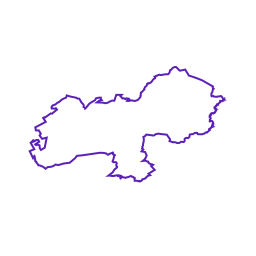 Turlavas pag., Kuldigas, Latvia, rotated 157°
{"feature_id": "27541924B11045526003149", "entity_name": "Turlavas pag.", "entity_type": "district", "adm_level": 2, "iso_a3": "LVA", "parent_name": "Latvia", "parent_adm1": "Kuldigas", "projection": "natural_earth1", "projection_center": [21.723, 56.833], "detail": "fine", "context": "isolated", "style": "outline", "palette": "violet", "viewbox_px": 256, "rotation_deg": 157, "n_neighbors": 0, "source": "geoboundaries", "source_scale": "gbopen_adm2", "svg_char_len": 5728}
<svg xmlns="http://www.w3.org/2000/svg" viewBox="0 0 256 256"><g transform="rotate(157 128 128)"><path d="M221.5,153.1L220.3,152.7L220.2,152.4L222.8,152.5L223.4,152.3L222.5,145.1L227.5,145.1L227.2,137.5L226.3,138.4L225.1,138.8L225.2,137.6L226.3,133.5L225.6,132.8L225.9,132.1L225.1,129.9L225.1,128.7L224.1,128.2L222.1,126.4L220.9,124.8L219.8,122.7L217.4,123.4L213.6,122.3L211.0,122.2L209.1,122.7L206.6,121.1L200.9,120.4L195.3,118.8L188.4,120.9L186.0,122.3L184.4,121.9L181.4,120.9L163.6,116.2L160.4,114.7L158.0,113.1L157.0,111.2L155.1,111.4L151.5,111.3L151.5,110.9L152.1,109.8L151.9,109.4L151.5,109.0L150.9,108.7L150.7,108.1L151.0,107.9L151.6,107.8L153.6,105.0L155.3,103.2L154.7,102.1L153.1,101.6L152.4,101.2L152.1,99.9L153.1,98.8L153.6,97.9L153.1,96.5L153.2,96.3L154.0,95.8L156.7,95.1L159.3,93.2L164.6,91.8L163.7,91.5L161.5,90.1L160.2,89.5L159.7,89.3L159.3,89.5L157.7,88.9L157.0,88.9L156.4,88.6L155.7,88.5L155.4,88.0L156.8,87.9L155.4,87.4L154.9,87.6L154.8,87.2L154.1,87.3L154.0,87.2L153.5,87.0L152.9,86.5L153.0,86.3L153.0,86.1L153.3,86.0L153.5,85.6L154.3,85.0L154.6,85.0L154.6,84.6L152.2,85.1L151.1,84.0L150.3,83.7L149.6,83.0L148.7,83.1L146.4,82.7L144.0,82.7L143.3,81.5L142.6,81.2L142.0,80.0L141.3,79.5L141.4,79.1L142.0,78.5L142.1,77.5L142.4,76.8L140.8,76.2L138.6,74.5L138.4,74.4L138.1,74.8L137.9,74.7L137.8,74.2L137.6,74.1L136.0,74.2L135.3,74.6L134.8,75.2L133.1,74.8L132.6,75.0L131.6,74.8L130.9,75.3L130.1,75.4L129.7,75.9L128.6,76.2L126.1,75.9L127.0,77.9L119.8,79.0L121.6,83.9L119.3,84.3L120.1,85.2L121.3,85.9L122.4,87.4L122.7,87.7L122.6,89.2L123.7,89.9L124.3,91.0L127.2,91.9L125.4,92.4L123.1,93.9L121.6,95.4L121.6,99.2L124.7,101.2L123.9,101.8L122.3,102.4L123.0,103.7L122.5,104.1L122.1,104.7L122.1,105.1L121.1,106.0L120.5,107.2L118.4,110.1L118.2,110.9L117.7,111.8L117.3,113.8L115.6,113.8L114.0,114.7L113.7,114.8L107.3,111.0L104.6,111.5L101.9,110.8L100.5,109.8L94.9,106.7L93.7,101.2L94.9,99.7L92.1,97.2L91.2,97.1L89.6,96.0L88.6,94.9L86.4,94.2L84.5,94.6L82.2,93.3L80.9,93.9L80.1,95.9L79.6,96.1L78.0,96.1L76.6,95.2L75.0,95.7L73.7,97.8L72.3,97.6L70.6,97.0L68.7,97.3L67.3,97.0L66.3,96.4L66.4,95.6L66.1,95.0L62.4,93.3L61.0,93.2L60.1,93.0L58.5,93.5L56.9,93.0L56.6,93.4L55.2,93.5L54.4,94.1L53.5,94.2L53.6,94.5L53.4,94.7L53.9,95.1L53.8,95.3L53.5,95.4L52.5,95.4L52.3,95.6L51.6,95.7L51.2,96.0L49.6,96.0L50.1,96.4L50.1,96.7L49.3,97.0L49.6,97.4L49.0,98.0L48.5,98.1L48.5,98.3L48.8,98.4L48.7,98.6L47.9,98.6L48.0,99.1L47.9,99.3L47.6,99.4L47.6,100.0L47.5,100.5L47.8,101.4L48.4,101.9L49.6,101.9L50.0,102.1L49.6,102.6L49.8,102.8L49.5,103.2L49.4,103.7L48.9,103.9L48.0,104.7L48.1,105.4L48.4,105.6L48.6,106.1L48.2,106.6L48.2,107.2L47.2,107.6L47.1,107.4L47.2,107.1L46.8,107.2L46.6,107.6L46.9,108.2L46.8,108.4L46.1,108.8L45.6,108.7L45.2,108.9L44.9,108.6L44.0,108.7L43.6,108.4L43.6,108.1L42.6,108.4L42.4,108.1L42.2,108.1L41.4,108.6L41.1,109.2L40.4,109.4L40.0,109.8L40.2,110.1L40.0,110.5L39.9,110.5L40.0,110.9L39.6,110.9L39.8,111.1L39.7,111.4L39.8,111.7L40.2,111.7L40.6,112.0L40.4,112.3L40.2,112.4L40.3,113.1L39.6,113.2L39.4,113.0L39.2,113.2L39.4,113.5L39.0,113.6L38.4,113.6L38.2,113.7L38.2,114.1L37.8,114.1L37.6,114.3L37.5,114.2L37.0,114.2L37.3,114.5L36.9,115.0L36.3,114.9L36.1,114.7L35.8,114.7L35.5,115.1L33.4,115.6L33.2,115.8L32.9,115.9L33.2,116.1L32.7,116.8L32.4,116.5L32.1,116.7L31.8,116.7L31.4,116.4L31.4,116.2L31.0,116.1L30.8,115.9L30.6,116.0L30.0,116.0L29.8,116.3L29.4,116.3L29.4,116.0L29.2,115.9L29.0,116.1L29.0,116.3L28.7,116.5L29.3,116.7L28.8,116.9L28.6,116.8L28.7,117.0L28.9,117.0L28.5,117.4L28.9,117.4L29.3,118.9L29.3,119.8L29.8,121.0L34.8,122.3L37.0,123.7L37.2,124.4L38.6,124.6L38.3,126.1L37.6,127.3L36.3,128.2L34.8,130.4L33.9,130.6L34.3,131.5L34.2,132.2L33.7,132.8L33.6,133.1L33.8,133.3L41.1,142.9L46.2,147.9L47.1,148.6L48.2,149.7L51.5,152.5L51.9,155.7L51.9,155.8L52.2,157.0L52.5,159.4L57.9,160.5L58.2,161.4L58.5,161.7L59.0,163.4L60.0,165.4L61.0,165.8L63.1,165.9L65.7,164.7L66.6,164.8L67.1,164.2L68.2,162.7L70.1,161.8L72.1,162.7L77.1,163.9L78.3,164.8L79.7,164.9L80.8,164.8L81.7,165.1L82.3,164.9L82.7,164.4L83.4,164.7L83.3,164.2L83.6,163.3L85.4,163.0L86.8,162.3L87.9,161.5L89.0,161.2L89.6,160.8L90.7,161.0L91.1,160.8L91.9,160.9L92.1,161.4L93.3,161.0L93.9,160.1L94.7,159.4L96.2,159.1L98.5,157.0L98.4,156.9L100.9,155.8L102.2,155.6L102.7,155.0L102.7,154.6L103.6,153.1L103.9,152.8L103.8,152.5L104.7,151.6L105.3,151.2L107.6,150.2L108.5,149.9L109.0,150.1L110.7,150.1L111.2,150.2L113.2,151.6L114.6,152.2L116.7,152.6L118.2,153.3L117.8,153.6L115.6,153.9L115.8,154.7L118.0,156.0L119.0,155.5L120.1,156.6L120.2,157.0L121.7,157.5L121.9,158.9L122.4,159.6L122.6,160.2L122.1,160.6L121.0,161.0L125.8,163.1L129.9,158.5L131.9,159.4L134.3,159.5L136.5,159.2L138.6,159.5L139.2,159.7L141.5,161.3L146.6,163.7L143.5,164.5L141.3,164.0L141.5,164.7L141.5,165.7L141.2,166.5L141.7,166.6L142.4,167.2L142.9,167.3L145.9,167.8L147.3,166.6L148.0,166.4L152.1,165.9L154.3,165.4L159.5,162.6L159.8,162.6L159.6,163.1L160.3,164.2L160.7,164.6L159.8,166.5L160.1,167.8L160.8,169.5L160.8,169.8L161.0,170.0L161.1,172.2L161.5,174.1L163.1,174.9L163.6,175.9L168.6,179.4L171.7,181.9L172.9,180.4L173.5,180.1L175.1,180.2L178.0,180.0L179.8,179.3L181.6,178.9L183.4,178.8L184.7,178.3L186.0,178.0L188.3,178.2L189.1,178.0L189.8,177.5L190.5,176.5L190.6,175.8L188.0,174.5L186.7,174.4L186.2,172.7L192.4,170.9L193.5,171.6L200.3,170.1L200.8,170.6L202.2,170.4L201.3,165.8L213.1,164.8L213.3,163.5L213.7,162.5L213.5,161.5L212.8,161.4L211.1,160.7L210.5,156.9L212.3,155.6L211.3,151.6L206.6,150.9L212.4,142.4L216.7,141.8L217.1,143.9L216.2,146.6L217.2,147.6L218.9,148.3L219.4,148.2L219.8,149.2L215.2,150.0L215.3,150.5L215.1,151.3L215.4,152.1L216.0,152.2L217.0,152.8L218.0,152.5L218.6,152.5L219.0,152.7L220.0,153.8L220.5,153.6L220.9,153.3L221.5,153.1Z" fill="none" stroke="#5b21b6" stroke-width="2"/></g></svg>